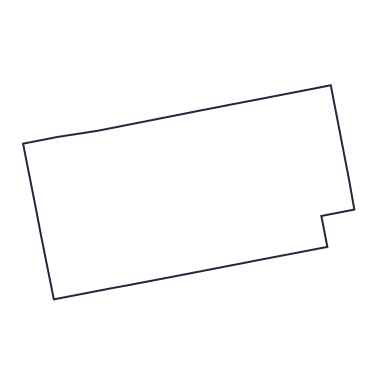 Marathon, Wisconsin, United States of America, rotated 169°
{"feature_id": "52423323B47100062979933", "entity_name": "Marathon", "entity_type": "district", "adm_level": 2, "iso_a3": "USA", "parent_name": "United States of America", "parent_adm1": "Wisconsin", "projection": "natural_earth1", "projection_center": [-89.786, 44.901], "detail": "fine", "context": "isolated", "style": "outline", "palette": "slate", "viewbox_px": 384, "rotation_deg": 169, "n_neighbors": 0, "source": "geoboundaries", "source_scale": "gbopen_adm2", "svg_char_len": 423}
<svg xmlns="http://www.w3.org/2000/svg" viewBox="0 0 384 384"><g transform="rotate(169 192 192)"><path d="M36.0,143.8L35.5,173.0L35.4,270.3L86.0,270.3L103.3,270.3L136.4,270.4L170.5,270.4L272.3,270.1L313.6,271.7L348.6,271.7L348.4,208.2L348.5,176.8L348.3,145.4L348.1,113.0L290.4,112.9L271.5,112.7L204.3,112.5L136.3,112.5L113.7,112.4L69.6,112.3L69.6,143.8L36.0,143.8Z" fill="none" stroke="#1e293b" stroke-width="2"/></g></svg>